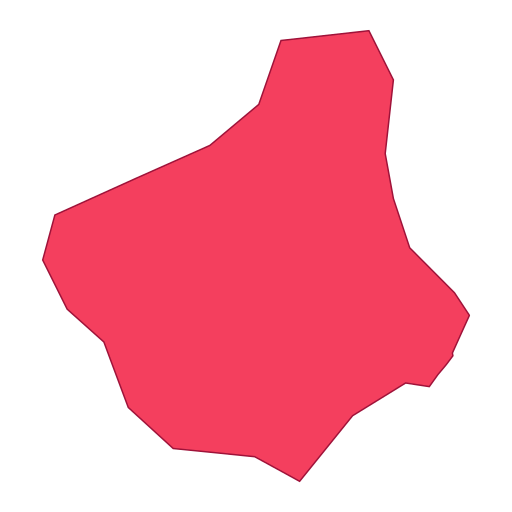 the district of Agia Varvara, Nicosia, Cyprus
{"feature_id": "46923920B72089491850664", "entity_name": "Agia Varvara", "entity_type": "district", "adm_level": 2, "iso_a3": "CYP", "parent_name": "Cyprus", "parent_adm1": "Nicosia", "projection": "orthographic", "projection_center": [33.362, 35.036], "detail": "fine", "context": "isolated", "style": "filled", "palette": "rose", "viewbox_px": 512, "rotation_deg": 0, "n_neighbors": 0, "source": "geoboundaries", "source_scale": "gbopen_adm2", "svg_char_len": 510}
<svg xmlns="http://www.w3.org/2000/svg" viewBox="0 0 512 512"><path d="M273.9,467.2L299.6,481.3L352.6,415.7L405.6,383.0L429.3,386.6L437.9,374.6L446.2,364.7L452.0,357.0L452.9,355.8L452.4,353.0L461.0,333.9L469.3,315.6L469.1,314.9L454.5,292.8L409.7,247.8L393.4,198.6L385.2,153.6L393.4,79.9L368.9,30.7L281.0,40.5L258.8,104.4L209.9,145.4L136.5,178.1L54.9,215.0L42.7,260.0L67.2,309.2L103.9,342.0L110.4,359.5L128.3,407.5L173.2,448.5L254.7,456.7L273.9,467.2Z" fill="#f43f5e" stroke="#9f1239" stroke-width="1.5"/></svg>